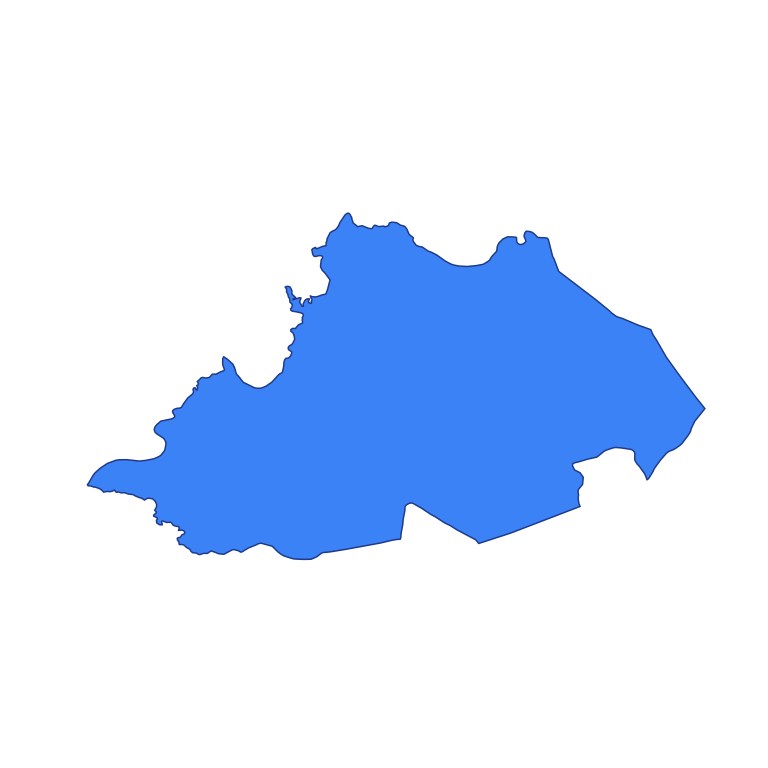 the district of Namasigue, Choluteca, Honduras, rotated 79°
{"feature_id": "27666195B26128912402199", "entity_name": "Namasigue", "entity_type": "district", "adm_level": 2, "iso_a3": "HND", "parent_name": "Honduras", "parent_adm1": "Choluteca", "projection": "natural_earth1", "projection_center": [-87.151, 13.15], "detail": "fine", "context": "isolated", "style": "filled", "palette": "blue", "viewbox_px": 768, "rotation_deg": 79, "n_neighbors": 0, "source": "geoboundaries", "source_scale": "gbopen_adm2", "svg_char_len": 6162}
<svg xmlns="http://www.w3.org/2000/svg" viewBox="0 0 768 768"><g transform="rotate(79 384 384)"><path d="M426.1,694.3L427.5,693.9L428.2,691.0L429.7,688.8L430.0,687.3L432.3,683.4L434.3,681.3L436.6,679.9L436.7,675.8L437.3,674.3L437.4,672.7L437.3,670.8L436.7,668.9L439.2,667.5L439.4,665.1L440.7,662.8L441.2,659.3L443.2,656.1L444.5,652.0L445.3,650.6L446.5,649.4L448.9,645.7L449.8,643.8L452.2,641.2L450.9,637.6L452.5,633.1L455.7,630.8L458.8,630.2L461.2,630.7L464.2,633.2L464.8,632.9L465.7,631.9L466.8,632.0L468.7,635.0L469.2,635.3L470.0,635.1L471.6,632.6L472.4,632.1L473.1,632.2L474.4,633.4L477.0,633.6L479.2,631.4L480.0,628.8L479.3,628.4L476.7,628.6L476.1,628.0L476.2,627.2L478.3,624.2L479.0,619.8L480.1,618.9L482.0,618.1L483.1,617.0L484.9,612.8L486.5,612.3L487.6,613.3L488.5,613.6L488.8,610.6L489.2,609.5L490.4,608.2L491.7,607.8L492.9,608.5L493.6,611.3L495.3,612.8L495.6,613.7L495.6,615.5L496.1,616.4L497.8,616.5L499.6,615.5L502.4,615.6L502.7,615.2L502.9,613.4L503.7,611.3L506.8,609.0L509.4,606.0L511.2,605.5L513.0,604.2L514.3,600.1L515.4,599.2L516.2,598.0L516.3,596.8L515.8,593.7L516.6,589.6L515.2,586.5L515.0,585.3L517.3,581.3L519.0,578.9L520.6,573.6L517.9,564.9L517.8,563.2L519.7,559.0L521.6,556.8L521.8,556.2L521.5,554.9L519.1,548.4L517.6,540.6L516.8,537.8L516.8,535.1L521.9,524.7L528.4,520.3L530.7,518.3L533.5,515.3L535.9,510.9L538.3,506.4L538.9,504.4L540.9,496.1L542.1,488.9L540.8,483.1L538.2,477.8L537.8,476.2L538.5,469.2L539.0,452.9L539.4,417.6L538.9,405.1L539.1,400.1L539.5,398.0L539.2,397.4L537.6,396.7L534.1,395.8L525.5,392.4L520.2,390.9L512.1,387.6L508.8,386.9L507.5,385.9L506.9,384.8L506.0,382.2L505.9,380.2L506.7,378.3L513.3,370.6L520.5,363.4L524.6,358.5L531.8,351.1L535.5,346.1L541.0,340.3L554.5,323.6L558.6,321.4L554.5,288.1L541.6,214.9L538.3,215.5L534.3,215.3L532.1,215.0L530.6,214.3L526.2,214.0L524.4,213.0L520.4,208.2L513.5,206.2L508.5,208.5L504.8,213.3L500.5,214.5L498.6,214.1L498.0,213.3L497.7,211.7L497.5,206.9L496.6,198.6L496.4,189.2L495.7,187.6L492.1,181.0L491.3,178.3L490.4,171.2L490.5,168.7L492.0,163.4L494.8,155.4L495.7,153.4L496.8,152.2L498.2,151.3L500.2,151.0L506.1,152.3L507.4,152.1L510.6,150.9L513.5,149.1L521.7,145.3L525.7,144.4L528.1,144.2L528.1,143.8L527.4,142.5L526.1,141.1L521.3,136.7L518.6,134.8L514.9,130.9L511.5,127.2L505.8,119.9L504.5,117.1L503.7,112.6L502.7,109.7L500.8,105.5L499.3,102.9L492.7,95.5L490.4,93.3L488.6,91.9L486.6,91.1L479.9,86.1L469.4,73.7L455.6,80.9L433.1,91.8L411.7,101.7L393.3,108.0L387.1,110.5L381.5,111.8L374.7,123.3L365.0,137.7L362.7,142.1L361.3,143.7L357.4,147.3L355.5,148.5L342.2,159.5L306.8,191.0L293.7,193.2L291.1,194.1L273.8,195.1L272.8,195.4L272.0,196.0L271.1,198.2L270.1,202.8L269.4,205.1L264.8,208.3L263.4,209.6L262.1,211.9L261.2,214.9L261.4,215.6L262.3,216.7L264.8,218.1L266.3,218.3L270.1,217.4L271.3,217.8L272.2,218.8L272.9,220.3L273.2,222.0L273.1,223.5L272.3,225.2L271.0,226.2L269.2,226.5L265.9,226.0L265.0,226.6L263.3,233.4L263.2,235.2L264.3,239.5L267.1,243.8L268.6,245.2L271.2,246.8L274.3,247.7L275.4,248.4L279.6,254.1L282.7,256.8L283.8,259.3L285.4,263.7L285.4,271.0L284.5,280.1L282.6,287.5L280.7,292.5L278.9,295.6L274.8,300.6L267.9,307.1L264.0,311.9L261.8,315.5L256.9,320.2L255.4,323.9L253.9,326.0L249.4,328.1L247.6,328.1L246.7,327.4L245.9,327.4L241.9,330.8L236.3,332.0L233.2,333.6L230.9,338.0L229.2,339.5L227.9,341.2L226.6,345.5L227.0,348.0L229.3,349.5L229.8,351.0L229.7,353.6L229.1,353.9L228.9,354.4L228.5,358.9L228.0,360.1L226.8,361.7L226.4,362.8L227.2,364.4L228.8,365.5L229.2,366.5L228.2,369.5L224.5,375.2L224.4,380.1L222.8,381.1L220.2,383.5L216.3,384.0L214.1,384.0L210.4,385.3L209.7,386.0L209.4,386.9L209.7,388.2L210.7,390.1L216.9,396.3L220.0,398.4L222.4,400.9L223.5,402.7L224.3,406.1L225.4,408.2L230.5,412.1L232.5,412.7L234.2,413.9L237.1,414.4L237.2,418.2L238.4,423.9L238.0,425.0L237.5,425.3L237.0,425.1L236.9,425.5L237.5,428.0L238.4,429.2L242.3,429.2L244.1,428.9L245.2,428.3L245.8,426.9L245.6,424.5L245.8,422.1L246.3,420.8L247.2,420.0L248.6,420.3L250.2,421.9L256.0,423.8L257.5,423.8L260.8,422.8L264.1,420.6L271.5,417.1L280.5,421.4L284.5,423.9L284.7,425.0L284.7,427.9L285.4,431.9L285.5,434.3L284.8,437.3L283.6,439.4L284.6,439.5L287.2,438.6L288.1,438.8L289.3,439.8L290.8,439.8L290.8,440.9L289.5,442.6L288.1,442.2L286.7,441.1L286.2,441.1L285.9,442.1L285.9,443.6L286.3,444.8L287.2,446.0L290.3,448.3L292.0,448.2L292.3,448.7L292.3,449.4L291.5,449.9L287.3,451.2L284.3,449.3L283.6,449.2L283.2,450.6L283.9,457.2L283.0,456.9L283.3,455.3L282.6,455.1L282.1,454.4L279.1,456.6L277.7,457.2L274.9,456.6L271.8,457.3L270.6,458.0L269.9,459.4L269.6,461.3L270.0,462.4L270.5,462.5L271.6,461.6L273.2,461.6L274.8,462.1L277.6,461.3L279.9,461.2L282.7,460.4L285.7,460.7L287.8,459.2L288.6,459.0L291.0,459.7L292.4,461.3L293.7,461.4L294.9,460.3L297.3,454.1L298.9,450.9L299.7,450.2L301.4,450.1L303.4,451.7L304.5,451.5L305.8,452.2L307.4,452.0L308.6,452.4L309.6,456.6L312.6,460.5L312.0,463.0L312.4,464.4L313.1,465.2L314.7,465.3L315.9,463.9L317.4,463.3L320.4,463.0L323.3,463.2L327.2,466.3L328.7,469.9L329.8,471.0L331.5,471.3L332.5,470.7L334.6,468.7L335.4,468.5L336.4,468.9L338.3,470.1L339.7,471.7L340.3,473.2L340.1,475.3L341.4,477.0L344.0,478.2L347.0,478.9L352.5,481.2L353.6,482.2L354.1,484.3L354.9,485.8L360.7,493.6L363.5,499.9L364.2,502.9L364.6,505.8L363.9,509.5L363.0,511.9L355.4,521.9L349.0,525.1L346.0,527.0L339.2,527.6L335.7,528.6L329.9,532.9L326.7,536.1L328.2,537.4L332.5,538.4L334.7,538.6L339.3,537.9L340.3,538.5L340.9,542.2L342.3,547.0L341.6,550.7L344.2,554.0L344.2,557.8L342.9,560.8L343.1,562.5L344.1,563.6L345.9,566.8L348.4,566.1L349.4,566.8L349.8,568.1L352.2,567.7L354.3,568.8L353.8,569.4L351.7,570.2L351.5,570.7L351.7,571.6L352.8,572.5L355.7,572.5L356.8,573.4L357.6,574.4L360.1,579.1L365.1,584.5L368.0,587.0L368.7,588.8L368.4,591.7L368.6,593.9L369.1,595.3L369.9,596.5L371.4,596.9L375.4,595.5L376.1,595.7L376.7,596.3L377.4,597.7L377.7,599.2L377.9,610.3L380.5,614.7L382.1,616.7L384.8,618.3L387.5,618.0L389.3,616.8L395.2,610.8L397.5,609.7L400.2,609.3L401.4,609.5L407.3,611.9L411.2,616.4L412.2,618.5L413.5,624.1L413.5,632.7L413.0,638.8L409.2,650.9L407.9,658.2L407.7,661.7L409.2,670.7L412.5,678.6L416.0,684.5L417.9,686.7L425.3,693.2L426.1,694.3Z" fill="#3b82f6" stroke="#1e3a8a" stroke-width="1.5"/></g></svg>